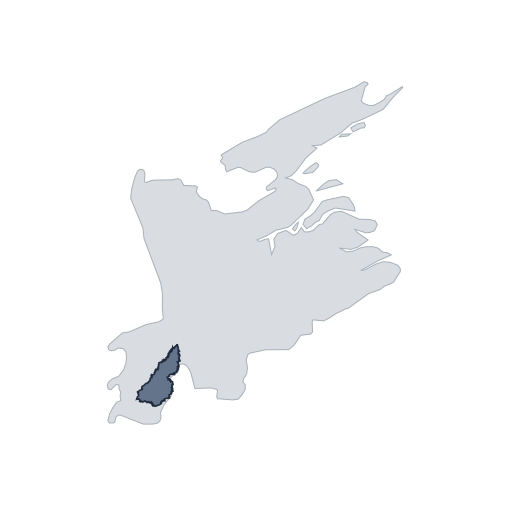 Dinajpur, Rangpur, Bangladesh (highlighted), rotated 251°
{"feature_id": "16705992B66423446659680", "entity_name": "Dinajpur", "entity_type": "district", "adm_level": 2, "iso_a3": "BGD", "parent_name": "Bangladesh", "parent_adm1": "Rangpur", "projection": "natural_earth1", "projection_center": [88.877, 25.643], "detail": "fine", "context": "in_parent", "style": "filled", "palette": "slate", "viewbox_px": 512, "rotation_deg": 251, "n_neighbors": 0, "source": "geoboundaries", "source_scale": "gbopen_adm2", "svg_char_len": 9517}
<svg xmlns="http://www.w3.org/2000/svg" viewBox="0 0 512 512"><g transform="rotate(251 256 256)"><path d="M183.9,362.4L183.8,350.3L176.6,326.3L176.9,323.7L175.4,312.2L173.6,305.8L172.6,299.0L177.0,289.2L175.2,287.6L165.6,284.6L164.4,282.1L166.5,272.5L159.5,263.3L156.8,256.5L164.2,234.5L166.1,219.2L165.5,216.3L161.0,212.9L152.9,211.5L147.3,208.6L143.9,204.3L141.1,202.6L137.7,203.9L133.2,202.2L129.5,197.9L126.4,192.6L127.6,186.9L133.5,173.4L135.7,173.0L140.7,175.6L142.6,175.6L146.0,170.3L150.6,155.1L166.9,156.4L170.8,155.9L174.9,154.7L177.1,152.8L178.3,150.3L177.9,148.2L172.9,145.4L171.0,143.2L169.6,137.1L168.1,134.8L158.3,134.5L153.2,131.7L150.4,129.2L145.5,120.9L139.3,114.8L133.5,113.3L131.2,111.3L130.0,108.2L130.7,103.6L133.7,94.8L149.8,75.9L150.2,73.8L149.6,71.4L144.9,68.3L144.6,66.8L145.9,62.9L148.6,62.4L154.2,66.0L159.8,71.8L163.2,77.0L163.3,81.1L167.7,81.9L171.4,83.8L175.2,83.2L177.7,84.2L179.3,83.9L179.9,81.5L176.7,75.5L178.3,73.1L182.0,73.2L184.7,75.4L186.6,80.0L187.0,87.1L191.4,93.6L197.1,98.2L201.6,100.3L207.0,101.8L211.6,100.3L213.9,95.8L212.9,91.8L213.6,88.2L215.4,86.2L218.3,86.3L220.5,89.2L226.8,104.6L225.5,111.4L227.0,130.2L225.4,142.5L226.4,147.2L227.5,148.1L237.0,150.4L250.8,155.3L261.4,157.1L309.0,155.8L319.4,158.2L351.3,156.3L359.9,160.3L369.4,166.7L374.7,171.5L375.7,174.2L375.1,176.5L373.4,177.8L370.1,177.8L362.6,174.7L361.4,175.7L361.3,183.1L355.3,201.6L354.5,207.4L352.4,209.6L346.1,210.8L342.0,221.6L340.3,223.0L336.2,220.6L333.6,221.0L330.4,222.0L327.1,224.5L324.9,227.6L322.4,228.6L313.5,228.5L311.8,233.5L306.0,240.0L302.1,257.5L302.4,262.8L307.4,276.7L310.9,294.7L312.3,296.5L313.9,296.7L314.0,288.4L315.6,287.4L317.7,288.3L321.9,299.4L324.3,302.3L328.0,303.1L332.3,301.4L335.4,298.1L336.6,294.6L335.5,282.5L337.5,277.5L344.7,270.2L345.7,267.9L345.2,255.8L347.9,255.4L351.6,256.3L356.2,253.4L357.6,253.3L359.6,256.5L362.9,255.9L368.0,280.0L368.5,297.0L369.7,306.5L371.5,308.6L377.1,322.8L382.6,372.7L383.4,404.3L385.6,415.1L383.8,417.5L382.1,418.0L380.4,414.2L368.6,406.2L365.7,407.0L361.7,411.7L360.1,416.0L360.9,422.1L362.2,428.1L365.0,431.5L365.3,435.3L368.5,449.5L367.6,449.6L361.1,436.7L353.2,423.9L350.6,401.1L350.3,389.8L344.9,376.5L339.8,353.4L342.0,345.2L338.2,348.8L332.3,334.9L323.1,321.3L320.4,315.3L320.2,309.4L316.3,315.3L310.9,319.4L305.5,325.7L301.9,327.6L290.3,328.7L283.6,320.4L274.0,300.0L272.7,295.4L273.9,283.4L271.6,272.1L270.9,262.1L269.2,263.0L268.5,265.7L268.9,269.9L268.2,273.5L252.2,271.2L259.0,277.1L266.4,278.5L270.2,283.9L270.5,292.7L263.3,298.1L263.9,302.6L268.2,308.1L263.1,309.6L261.7,313.2L261.6,318.3L265.2,326.2L264.6,329.2L270.7,339.5L271.9,344.4L270.4,351.4L257.3,365.4L253.5,375.4L250.3,380.1L246.2,380.9L241.3,376.2L241.2,371.4L242.2,367.5L249.0,358.2L245.3,359.4L234.7,367.1L232.7,360.9L231.3,355.1L231.3,348.0L236.4,337.4L230.6,342.7L229.0,349.3L229.7,357.1L229.0,362.6L226.7,369.8L223.6,374.1L218.6,376.9L216.4,381.1L213.0,384.2L211.8,369.8L208.2,350.2L207.4,354.4L209.3,366.5L209.2,374.4L206.5,380.6L200.9,387.3L196.7,388.3L194.2,387.3L186.3,377.2L185.6,367.7L183.9,362.4ZM281.0,362.7L271.2,365.0L266.2,364.3L275.5,346.7L275.1,338.9L273.7,332.5L268.9,327.3L268.7,323.6L266.5,318.6L265.4,312.7L270.6,310.8L274.9,314.2L276.4,320.9L278.6,325.9L286.0,336.2L285.9,342.5L283.9,358.0L281.0,362.7ZM302.0,356.9L296.0,361.6L297.9,333.9L302.3,344.2L303.5,349.7L302.0,356.9ZM324.7,343.1L322.1,345.0L319.7,343.3L316.5,336.8L318.0,328.6L319.0,327.4L322.8,335.8L324.7,343.1ZM347.1,401.6L343.7,401.9L342.0,399.9L342.8,397.2L341.8,388.2L346.2,387.3L347.8,394.8L347.1,401.6ZM343.2,376.5L340.7,385.4L339.7,381.4L341.4,373.6L343.2,376.5ZM273.2,304.2L274.2,307.1L268.7,303.4L267.2,300.7L269.7,299.3L273.2,304.2Z" fill="#d9dde1" stroke="#a8b0b8" stroke-width="1"/><path d="M160.2,96.9L159.6,96.5L159.7,96.9L159.0,97.3L159.2,98.3L158.5,98.6L158.4,99.1L158.1,99.3L157.2,99.3L157.0,98.9L156.3,98.8L156.8,99.1L156.3,99.1L156.2,99.4L156.1,99.1L156.0,99.3L156.1,99.5L155.7,99.4L155.5,100.1L155.6,100.8L155.4,100.8L155.4,101.0L154.8,101.2L154.8,102.2L155.2,103.1L155.2,103.9L154.4,103.9L154.1,104.5L153.8,104.6L153.5,105.2L153.7,105.6L153.5,106.2L153.5,105.6L152.9,105.5L153.0,105.8L153.1,105.7L153.3,105.7L153.3,106.5L153.6,106.3L153.2,107.0L152.8,106.9L152.0,107.2L151.9,107.7L152.1,108.2L151.9,108.0L151.7,108.1L152.3,108.4L152.2,108.7L152.2,109.7L151.4,109.8L151.2,109.2L150.9,109.9L150.5,110.2L150.4,110.0L150.0,109.9L149.9,109.3L149.5,109.3L149.5,109.7L149.1,109.3L148.8,109.3L148.5,109.4L149.0,110.0L148.8,110.4L148.4,109.9L148.2,109.9L148.2,109.6L147.7,109.7L147.5,111.3L146.8,111.4L146.7,112.6L147.0,113.3L146.7,113.5L146.9,113.8L146.7,114.6L146.8,115.3L146.7,115.9L146.8,116.6L147.0,116.8L146.9,117.2L147.2,117.5L147.1,117.9L147.3,118.2L147.6,118.2L147.5,118.5L147.8,118.9L148.1,118.8L148.0,118.6L148.3,118.5L148.2,118.3L148.6,118.8L148.8,118.6L149.1,118.9L148.8,119.2L149.4,119.6L148.9,119.8L148.9,120.2L149.5,120.2L149.4,121.1L149.7,121.5L149.3,121.4L149.1,121.6L149.2,121.9L148.9,122.2L149.3,122.5L149.0,122.8L150.6,123.2L150.6,125.6L150.3,125.8L150.0,126.6L150.3,127.2L150.0,127.7L150.7,127.6L150.8,127.9L151.2,128.0L151.1,128.3L151.4,128.3L151.4,128.6L152.0,128.5L152.2,128.4L152.6,128.6L153.1,128.6L153.0,129.5L153.2,130.2L153.0,130.5L153.6,131.2L153.9,131.0L154.2,131.2L154.1,131.6L154.4,131.8L154.6,131.3L154.9,131.4L154.9,132.0L155.3,131.9L155.4,132.2L155.2,132.8L155.3,132.9L155.3,133.6L155.7,133.6L155.8,133.0L156.2,132.8L156.0,133.2L156.4,133.4L156.9,133.3L157.1,133.6L157.9,133.5L158.2,133.6L158.5,133.8L158.8,133.1L159.2,133.1L159.2,133.4L159.0,133.6L159.4,133.5L159.9,134.4L160.9,134.2L161.4,134.4L161.4,134.7L161.0,134.7L161.3,135.6L162.0,135.4L162.2,136.0L163.6,135.8L164.2,136.1L164.3,135.8L164.7,135.7L164.8,135.5L164.7,134.2L165.0,134.2L164.9,134.4L165.0,134.5L165.0,134.2L166.6,133.9L166.7,134.5L166.5,134.9L166.8,134.9L167.0,134.6L167.9,134.5L168.2,133.8L167.9,133.9L167.5,133.5L167.5,132.6L168.9,133.2L169.4,132.7L170.4,132.6L170.3,133.3L170.6,135.0L171.5,134.8L171.9,136.0L171.8,136.5L172.0,137.0L171.9,137.4L171.4,137.6L171.6,137.6L171.3,137.9L171.3,138.3L171.6,138.4L171.7,138.8L171.7,139.1L171.4,139.1L171.5,139.8L170.9,139.9L170.8,139.7L170.5,140.2L171.1,140.3L171.1,140.8L171.9,140.8L171.9,141.1L172.1,141.0L171.9,141.9L172.1,142.1L172.1,143.3L172.9,143.3L172.9,144.0L173.7,144.1L173.5,144.7L174.0,145.1L174.5,145.8L174.8,145.8L174.6,145.3L174.7,145.1L175.7,145.0L175.7,145.7L176.2,146.8L176.7,146.8L177.0,146.4L177.0,147.3L177.6,147.5L178.2,147.3L178.7,147.5L178.8,147.2L179.5,147.5L179.6,147.2L180.2,147.2L180.0,147.4L180.2,147.5L181.0,147.9L181.5,147.4L181.4,149.8L181.9,149.7L182.0,149.9L182.4,149.4L182.5,149.5L182.5,149.1L182.8,149.1L183.6,149.8L183.5,149.6L184.1,149.9L184.3,150.2L184.7,150.1L184.6,149.8L184.9,149.6L185.5,150.3L185.6,150.8L186.1,150.9L186.4,151.6L187.1,151.3L187.6,151.5L187.5,151.2L187.8,150.7L188.2,151.3L188.8,151.2L188.7,150.6L189.4,150.5L190.0,150.9L189.7,151.1L189.9,151.1L190.3,151.6L190.7,151.6L190.7,152.0L190.9,151.8L191.1,152.0L191.1,151.9L191.4,151.9L191.7,151.6L192.0,151.7L192.0,152.2L192.3,152.4L193.1,151.9L193.5,152.0L194.1,152.2L194.2,152.5L194.7,152.7L196.3,152.7L196.2,152.3L197.7,152.8L197.9,152.3L197.6,152.2L197.2,151.4L197.2,150.9L197.0,150.5L196.2,149.9L196.3,149.7L196.1,149.7L195.9,148.9L195.3,148.6L196.2,148.1L195.8,147.9L196.0,147.6L196.8,147.5L196.1,147.2L195.8,146.7L195.3,146.9L195.8,146.3L195.7,146.0L195.2,146.6L194.3,146.3L194.1,145.9L194.6,145.6L194.7,145.3L194.1,145.4L193.9,145.0L193.6,145.6L193.3,145.4L193.8,144.4L193.8,144.6L194.3,144.9L194.0,144.6L194.7,144.1L194.4,144.2L194.0,144.1L193.9,143.9L194.3,143.8L194.1,143.2L193.8,143.1L193.9,143.5L193.4,143.7L193.6,143.3L192.7,143.3L192.5,143.1L193.1,142.5L192.3,141.3L192.2,141.6L191.8,141.5L191.5,141.8L191.3,141.2L190.8,141.0L190.6,140.5L190.2,140.9L190.1,140.5L189.9,140.8L189.5,140.7L189.8,140.7L189.6,140.2L189.2,140.3L188.7,140.1L188.7,139.9L189.1,140.1L189.4,140.0L189.3,139.8L189.5,139.2L189.3,138.6L188.4,138.1L188.7,137.8L188.2,137.7L188.2,137.9L188.0,137.4L187.8,137.6L187.4,137.3L187.8,137.0L188.3,137.0L187.8,136.8L187.9,136.3L187.4,136.8L187.3,136.2L186.8,135.9L187.2,135.5L187.1,135.2L186.8,135.2L187.0,135.1L186.7,134.9L186.9,134.8L186.7,134.6L186.8,134.2L186.9,134.3L187.2,134.0L186.9,133.6L187.4,133.8L187.1,133.4L187.0,133.6L186.8,133.4L187.2,133.3L186.8,133.1L186.9,132.9L186.7,132.3L186.8,131.9L186.6,131.7L186.6,131.3L186.2,131.2L186.8,129.9L186.7,129.5L185.3,129.0L185.3,128.5L184.4,128.3L183.8,128.4L183.7,128.7L183.5,127.6L183.1,127.2L182.5,127.1L181.9,127.3L181.8,126.6L181.5,126.5L181.6,126.2L180.9,126.2L181.1,126.0L180.9,125.8L180.9,125.4L181.1,125.2L180.9,124.8L180.5,124.7L180.6,124.3L181.1,124.1L180.9,124.0L180.9,123.6L180.5,123.4L179.7,123.6L179.5,123.4L179.7,122.8L179.2,122.6L179.0,121.9L178.7,121.9L178.5,122.2L177.6,121.7L177.7,121.4L177.2,120.4L177.1,119.4L177.7,119.2L178.0,118.8L177.6,118.4L177.6,118.7L177.4,118.7L177.4,118.4L177.0,118.4L176.8,118.0L176.3,118.2L176.0,117.7L175.8,117.8L175.7,118.3L176.0,118.2L176.3,118.4L175.3,118.4L174.9,118.0L175.1,117.7L174.8,116.0L173.6,116.0L173.0,115.6L172.7,115.1L172.9,115.0L172.5,114.6L172.3,113.4L171.4,113.2L171.4,111.9L171.1,111.4L171.4,110.5L171.2,110.3L170.7,108.9L169.9,107.3L169.9,106.8L170.0,106.4L169.9,105.9L168.6,105.0L167.6,104.8L167.4,104.9L167.3,105.3L166.7,104.8L167.1,104.2L166.7,103.0L166.9,102.2L166.3,100.8L166.2,99.7L165.7,99.6L165.4,100.1L164.6,100.3L164.3,100.2L164.2,99.6L162.6,99.8L162.2,99.5L161.3,97.8L160.4,97.4L160.2,96.9Z" fill="#64748b" stroke="#1e293b" stroke-width="1.5"/></g></svg>